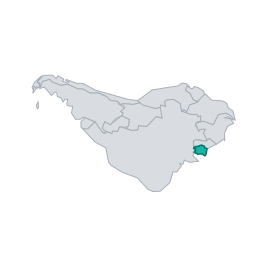 Suriname highlighted on a map of South America, rotated 103°
{"feature_id": "SUR", "entity_name": "Suriname", "entity_type": "country or territory", "adm_level": 0, "iso_a3": "SUR", "parent_name": "South America", "parent_adm1": "", "projection": "equal_earth", "projection_center": [-56.071, 3.918], "detail": "fine", "context": "in_parent", "style": "filled", "palette": "teal", "viewbox_px": 256, "rotation_deg": 103, "n_neighbors": 12, "source": "natural_earth", "source_scale": "50m", "svg_char_len": 5647}
<svg xmlns="http://www.w3.org/2000/svg" viewBox="0 0 256 256"><g transform="rotate(103 128 128)"><path d="M108.4,223.5L110.3,226.4L115.7,228.5L108.9,228.9L108.4,223.5ZM129.4,161.5L127.5,174.0L130.3,176.6L131.3,181.2L126.1,186.4L119.4,186.8L119.9,192.0L118.7,193.0L113.6,193.1L114.1,195.8L117.3,197.2L113.8,199.8L113.2,203.9L109.7,205.3L109.3,207.3L113.4,209.8L107.0,218.8L109.3,222.8L101.8,221.9L98.1,215.2L100.0,212.4L101.4,203.3L98.9,196.4L101.0,186.0L100.0,180.5L102.4,173.4L100.4,165.0L102.0,156.2L104.9,151.4L104.3,144.1L106.8,142.6L109.1,135.7L113.6,138.7L114.4,136.2L117.1,136.4L121.8,142.1L128.9,146.1L127.1,152.1L133.7,152.9L137.4,147.3L138.4,151.5L129.4,161.5Z" fill="#d9dde1" stroke="#a8b0b8" stroke-width="1"/><path d="M108.4,223.5L108.9,228.9L112.1,228.9L109.9,230.6L104.4,229.3L96.7,224.0L103.9,227.0L105.3,224.2L108.4,223.5ZM100.9,122.3L103.8,128.1L105.5,139.0L107.5,139.3L104.3,144.1L104.9,151.4L102.0,156.2L100.4,165.0L102.4,173.4L100.0,180.5L101.0,186.0L98.9,196.4L101.4,203.3L100.0,212.4L98.1,215.2L101.8,221.9L108.4,222.7L104.1,224.1L103.2,226.4L95.9,222.6L93.5,213.5L96.0,209.0L92.8,208.2L94.8,201.4L97.2,202.4L97.8,196.7L96.3,196.0L95.9,199.4L94.6,199.0L96.0,188.0L94.7,182.0L98.5,168.1L100.1,134.4L99.2,124.8L100.9,122.3Z" fill="#d9dde1" stroke="#a8b0b8" stroke-width="1"/><path d="M122.8,221.5L128.0,219.7L129.6,220.8L126.4,222.4L122.8,221.5Z" fill="#d9dde1" stroke="#a8b0b8" stroke-width="1"/><path d="M129.4,161.5L138.0,167.0L139.3,169.0L137.9,173.9L132.6,175.3L127.7,172.5L129.4,161.5Z" fill="#d9dde1" stroke="#a8b0b8" stroke-width="1"/><path d="M138.9,172.1L138.0,167.0L129.4,161.5L138.4,151.5L138.5,149.1L136.2,147.9L137.0,142.6L134.4,142.4L133.5,137.4L128.5,136.5L129.5,124.2L127.7,118.2L123.2,118.1L122.3,110.2L110.5,103.1L110.6,97.2L103.7,101.3L98.2,101.3L98.3,96.4L94.2,98.2L91.7,96.3L89.8,90.0L92.3,82.7L99.5,79.5L100.6,69.2L99.2,63.8L101.1,62.3L99.7,59.9L105.2,58.9L106.3,61.9L110.0,63.0L115.2,58.4L113.1,57.4L111.8,52.3L115.9,53.3L121.6,48.6L123.4,49.2L123.5,56.6L125.7,61.2L133.1,59.6L133.1,57.4L140.5,58.6L144.4,51.8L147.6,59.9L146.6,65.8L150.9,66.3L151.0,69.6L152.8,67.4L159.9,70.6L160.6,74.3L171.8,74.9L182.3,82.3L184.3,89.4L183.2,94.8L174.4,107.9L172.6,123.2L168.2,136.1L165.6,139.3L152.3,145.2L149.2,156.8L138.9,172.1Z" fill="#d9dde1" stroke="#a8b0b8" stroke-width="1"/><path d="M100.6,101.1L110.6,97.2L110.5,103.1L122.3,110.2L123.2,118.1L127.7,118.2L129.5,124.2L128.7,129.9L125.7,127.9L119.5,128.8L117.5,137.0L114.4,136.2L113.6,138.7L109.1,135.7L105.5,139.0L103.8,128.1L100.9,122.3L102.8,106.3L100.6,101.1Z" fill="#d9dde1" stroke="#a8b0b8" stroke-width="1"/><path d="M99.5,79.5L92.3,82.7L89.8,90.0L91.7,96.3L94.2,98.2L98.3,96.4L98.2,101.3L100.6,101.1L102.8,106.3L102.3,118.9L99.2,124.8L85.4,113.0L75.8,88.9L72.2,85.5L71.7,81.0L74.4,76.6L74.1,79.9L78.4,80.3L80.3,75.3L85.8,70.6L86.9,65.7L91.8,73.1L99.1,74.4L97.6,77.7L99.5,79.5Z" fill="#d9dde1" stroke="#a8b0b8" stroke-width="1"/><path d="M106.8,61.5L105.2,58.9L99.7,59.9L101.1,62.3L99.2,63.8L100.6,69.2L99.5,79.5L97.6,77.7L99.1,74.4L91.8,73.1L86.9,65.7L81.3,64.2L77.5,60.0L82.0,53.0L80.4,42.0L81.4,37.8L85.8,34.8L87.8,29.6L96.2,25.4L91.5,35.8L94.6,42.8L105.7,45.7L104.5,56.3L106.8,61.5Z" fill="#d9dde1" stroke="#a8b0b8" stroke-width="1"/><path d="M121.6,48.6L115.9,53.3L111.8,52.3L113.1,57.4L115.2,58.4L108.1,63.2L104.5,56.3L105.7,45.7L94.6,42.8L91.5,35.8L92.5,31.6L94.8,27.9L96.4,27.3L94.5,33.5L96.4,35.8L96.1,29.9L99.7,26.1L103.8,31.3L111.7,32.8L119.0,30.7L116.9,31.7L124.0,38.3L120.0,46.1L121.6,48.6Z" fill="#d9dde1" stroke="#a8b0b8" stroke-width="1"/><path d="M131.8,59.3L126.9,61.4L124.2,59.7L123.4,49.2L120.0,46.1L124.0,38.3L130.3,46.1L128.1,52.3L131.8,59.3Z" fill="#d9dde1" stroke="#a8b0b8" stroke-width="1"/><path d="M86.2,66.0L85.8,70.6L80.3,75.3L78.4,80.3L74.1,79.9L75.6,74.2L72.7,72.8L72.8,69.0L74.8,63.0L77.8,61.0L86.2,66.0Z" fill="#d9dde1" stroke="#a8b0b8" stroke-width="1"/><path d="M128.0,130.5L128.5,136.5L133.5,137.4L134.4,142.4L137.0,142.6L135.8,150.6L133.7,152.9L127.1,152.1L128.9,146.1L117.5,137.0L119.5,128.8L125.7,127.9L128.0,130.5Z" fill="#d9dde1" stroke="#a8b0b8" stroke-width="1"/><path d="M137.5,48.1L137.3,48.3L137.1,48.6L136.8,49.2L136.8,49.4L136.7,49.5L136.7,49.8L136.7,50.1L136.8,50.3L136.9,50.6L136.8,50.9L136.8,51.1L136.9,51.4L136.9,51.7L136.9,51.9L137.0,52.0L137.0,52.3L137.3,52.8L137.4,53.0L137.6,53.3L137.7,53.5L137.8,53.7L137.9,53.8L137.9,54.0L137.9,54.3L137.7,54.6L137.4,55.2L137.4,55.3L137.5,55.8L137.4,56.2L137.4,56.4L137.3,56.7L136.9,57.5L136.7,57.7L136.6,57.9L136.4,57.9L136.4,58.0L136.2,57.8L136.2,57.7L135.8,57.6L135.7,57.4L135.5,57.2L135.3,57.2L135.2,57.3L135.1,57.2L134.8,57.4L134.6,57.4L134.5,57.6L133.9,57.7L133.7,57.7L133.3,57.4L133.2,57.3L133.0,57.7L132.9,57.8L132.7,58.0L132.9,58.2L133.0,58.5L133.3,58.9L133.2,59.1L133.2,59.4L133.1,59.5L132.5,59.4L132.1,59.3L132.0,59.2L131.9,59.2L131.7,59.0L131.4,58.9L131.2,58.6L131.1,58.3L131.0,58.1L130.9,58.0L130.8,57.7L130.7,57.3L130.6,57.0L130.6,56.9L130.4,56.6L130.2,56.3L130.2,56.2L130.1,55.9L130.1,55.5L130.1,55.4L130.0,55.2L129.9,54.6L129.6,54.5L129.3,54.6L129.2,54.6L129.1,54.4L129.1,54.1L128.9,53.8L128.6,53.6L128.5,53.2L128.4,53.0L128.1,52.5L128.1,52.2L128.2,51.7L128.3,51.4L128.4,51.0L128.5,50.9L128.5,50.6L128.6,50.3L128.5,50.2L128.4,49.8L128.5,49.6L128.8,49.4L129.1,49.3L129.3,49.2L129.6,49.2L129.8,49.2L129.9,48.9L130.0,48.7L129.9,48.2L130.0,47.8L130.0,47.7L130.3,47.2L130.3,46.9L130.4,46.6L130.5,46.2L131.9,46.2L132.5,46.4L133.2,46.7L133.3,47.0L133.3,46.7L133.3,46.4L133.5,46.1L133.9,46.1L134.6,46.2L135.1,46.0L135.9,46.0L137.0,46.3L137.5,46.5L137.8,46.9L137.8,47.3L137.7,47.6L137.5,48.1Z" fill="#14b8a6" stroke="#0f766e" stroke-width="1.5"/></g></svg>